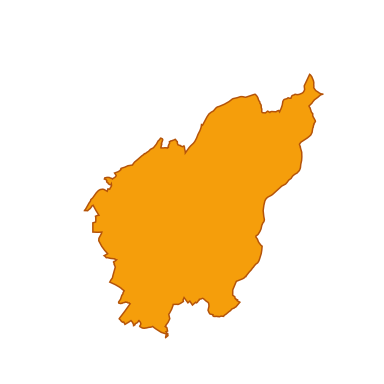 Raciu, Mures, Romania, rotated 107°
{"feature_id": "2599482B26505266969931", "entity_name": "Raciu", "entity_type": "district", "adm_level": 2, "iso_a3": "ROU", "parent_name": "Romania", "parent_adm1": "Mures", "projection": "robinson", "projection_center": [24.372, 46.712], "detail": "fine", "context": "isolated", "style": "filled", "palette": "amber", "viewbox_px": 384, "rotation_deg": 107, "n_neighbors": 0, "source": "geoboundaries", "source_scale": "gbopen_adm2", "svg_char_len": 6022}
<svg xmlns="http://www.w3.org/2000/svg" viewBox="0 0 384 384"><g transform="rotate(107 192 192)"><path d="M278.6,257.4L278.9,256.4L279.9,254.8L279.9,254.6L279.5,253.8L279.3,250.3L278.7,247.3L278.7,246.5L278.5,246.3L279.0,245.6L278.9,244.3L279.5,244.6L281.3,246.0L281.3,246.3L281.9,246.6L283.5,245.2L283.8,245.4L286.2,243.4L294.8,243.2L297.5,243.0L299.7,243.8L302.2,244.3L303.0,238.4L304.1,233.6L304.9,231.3L305.1,231.1L306.3,228.0L308.5,228.5L309.7,228.3L311.3,228.9L315.5,229.0L318.6,230.0L319.3,229.8L319.6,229.6L319.7,229.2L319.5,227.5L319.0,226.9L319.0,226.4L318.3,225.9L317.5,224.4L316.5,223.2L316.7,222.8L316.5,222.2L316.4,221.5L316.8,220.9L316.8,220.7L316.4,219.7L316.9,219.0L317.0,218.5L325.7,221.4L334.4,224.6L334.7,224.4L335.0,223.8L335.1,223.3L336.3,221.8L336.6,221.0L336.8,220.2L336.3,219.3L338.2,217.4L334.4,214.0L332.8,212.8L334.0,210.8L335.8,209.2L336.9,208.8L336.7,208.5L336.1,208.2L335.6,207.7L334.5,207.8L333.3,206.4L331.5,205.4L330.6,205.4L330.4,205.2L331.5,203.5L332.7,202.5L333.8,202.3L335.6,202.8L336.0,202.4L336.6,199.8L336.3,198.0L335.3,195.8L334.1,193.8L333.3,191.9L332.5,190.7L332.1,190.3L332.8,188.6L333.5,186.6L335.2,180.4L335.3,175.0L338.7,174.8L338.9,174.6L336.4,173.0L334.5,173.8L334.7,174.8L333.6,175.3L333.2,176.0L332.1,174.7L329.2,176.3L329.0,176.5L328.7,177.9L328.5,178.3L327.7,177.8L327.4,178.1L323.6,176.8L319.7,176.2L315.7,178.5L314.7,178.1L310.1,177.2L306.3,177.0L305.0,177.1L303.7,173.3L303.7,172.6L303.3,172.0L301.8,170.4L299.2,168.2L298.2,168.7L297.9,169.0L295.3,168.7L299.2,163.5L297.0,162.2L300.0,158.5L296.4,156.3L296.8,155.5L296.5,155.1L295.5,154.5L295.0,154.5L293.1,153.5L292.6,153.7L292.0,152.9L291.8,152.3L290.7,151.0L290.6,150.4L290.7,149.8L292.2,146.6L292.8,144.6L293.3,143.8L294.2,143.2L296.2,142.4L300.4,142.1L302.3,140.5L303.3,139.4L303.4,138.8L303.2,136.1L303.9,136.0L304.4,135.6L304.6,134.7L304.2,133.3L303.8,132.4L303.6,130.8L303.4,130.7L303.4,129.5L302.2,127.9L301.7,125.4L301.2,125.4L300.4,125.0L298.7,123.6L295.2,121.4L294.2,120.5L292.4,119.8L291.1,118.4L290.6,117.7L289.9,117.3L289.0,116.4L283.4,114.0L282.7,117.1L281.8,117.0L281.8,118.4L281.5,118.5L281.3,119.6L279.7,120.4L278.8,122.9L273.7,124.4L265.5,123.6L264.4,123.4L260.2,118.2L258.9,117.0L256.8,115.9L256.9,115.7L255.7,115.4L252.0,114.0L249.0,112.5L247.3,112.0L245.7,111.2L244.3,110.8L242.2,109.8L240.7,108.6L240.2,108.4L238.3,107.9L236.1,107.8L230.6,107.8L227.1,108.3L223.3,109.1L222.9,110.3L221.0,113.0L220.1,114.0L217.9,115.7L216.4,117.7L216.0,117.9L214.9,117.8L214.7,117.4L213.2,116.4L209.7,115.5L207.1,115.2L203.5,115.5L201.0,115.2L199.4,114.6L197.9,114.6L197.3,114.7L194.2,116.3L189.0,118.5L183.7,119.4L179.1,119.7L177.2,119.3L176.0,118.8L174.4,117.7L172.2,115.4L170.9,114.3L160.1,107.9L157.0,104.8L154.8,103.8L152.4,103.0L150.0,101.2L147.8,100.6L147.1,100.3L145.7,99.4L144.1,98.1L143.5,97.3L140.5,95.8L139.3,95.5L137.2,95.4L133.6,96.1L129.8,96.4L126.4,97.2L121.9,98.7L117.5,101.6L117.3,101.5L115.2,103.1L114.6,103.2L112.8,102.5L112.1,102.1L106.6,97.5L104.5,96.1L102.8,95.1L100.0,94.6L95.7,95.2L94.3,95.0L93.3,95.3L91.6,95.1L91.4,95.4L88.5,94.6L87.7,95.0L84.1,98.7L81.7,99.5L81.1,100.7L80.4,101.4L76.9,103.8L76.3,104.7L75.6,105.3L72.0,103.3L70.5,102.9L68.7,102.1L68.4,102.1L67.7,101.6L64.6,99.3L61.6,97.5L59.9,95.0L60.2,95.9L60.4,97.6L60.1,99.2L59.4,101.2L59.0,102.9L58.2,104.2L56.6,106.1L55.1,106.4L54.0,106.9L51.8,107.5L50.1,108.4L46.7,111.2L45.4,113.0L45.1,113.9L57.7,115.7L59.2,115.1L60.9,114.3L62.3,114.3L64.2,114.8L65.3,115.6L67.3,118.0L68.2,119.9L68.4,122.0L69.3,122.8L70.3,124.2L70.9,124.6L71.4,124.7L73.4,124.8L73.9,126.4L73.8,127.6L74.3,128.1L74.9,128.4L76.4,130.7L76.7,131.0L77.4,131.3L78.8,131.6L82.5,131.1L86.0,131.2L89.8,131.7L88.7,132.9L89.5,134.1L90.7,135.1L90.9,135.7L91.7,139.3L92.5,140.6L93.2,140.8L93.1,141.3L92.6,142.8L92.6,143.4L94.9,144.9L95.5,147.6L95.4,148.1L94.8,148.8L92.3,149.5L91.1,150.4L88.7,151.3L87.1,153.0L85.8,153.7L85.0,154.9L82.3,156.8L81.0,158.4L80.1,160.0L80.2,160.5L80.9,161.6L85.6,168.2L85.8,168.7L86.0,171.3L86.4,172.9L86.7,173.6L88.6,176.3L90.7,180.0L91.4,180.7L94.7,183.0L98.6,186.7L102.2,191.0L103.1,192.4L103.8,193.1L104.9,193.8L108.2,195.2L110.1,197.0L112.4,198.6L115.7,199.6L124.4,201.3L125.1,201.5L124.8,202.6L127.4,202.2L130.7,202.3L135.2,203.1L139.2,203.4L142.9,204.1L145.0,204.9L148.3,206.8L150.8,207.9L156.6,209.8L155.4,210.2L152.9,211.7L151.2,212.4L150.3,213.2L151.4,214.2L151.4,216.0L150.9,216.5L151.1,217.0L150.9,219.3L149.4,220.4L148.7,220.5L148.0,220.9L147.8,221.8L147.2,222.3L146.5,223.4L146.7,223.7L147.4,224.3L148.2,225.5L148.5,225.7L149.5,227.4L149.8,227.5L150.5,228.3L151.8,227.7L153.9,228.1L154.9,228.1L156.1,227.7L156.2,228.1L157.1,228.2L157.1,229.1L157.4,229.5L157.5,230.6L157.8,231.3L158.1,231.8L158.9,234.6L158.5,234.8L155.1,234.9L154.9,235.0L154.9,235.4L150.7,235.2L150.1,235.6L149.8,236.0L149.6,237.5L149.7,237.8L150.2,238.0L151.4,238.3L153.0,239.3L156.8,240.1L160.7,241.7L161.4,242.2L163.3,244.2L165.9,245.5L167.2,246.7L169.0,247.9L169.0,248.3L169.3,248.8L170.2,249.1L172.3,250.7L176.4,253.2L180.2,255.7L182.3,256.5L183.6,256.8L185.6,260.9L187.9,263.5L190.1,266.7L191.0,266.9L191.4,266.5L193.0,267.5L194.4,268.8L196.5,271.6L198.2,269.5L198.5,269.3L199.9,269.6L202.8,271.9L202.5,272.3L202.5,274.5L202.3,275.0L202.4,275.8L202.9,277.7L203.3,278.0L203.8,279.4L204.0,279.5L205.2,279.6L205.5,277.4L206.0,276.8L207.2,276.6L207.7,275.8L207.8,275.0L208.5,274.5L208.8,273.7L209.0,272.6L209.0,272.1L208.7,271.7L207.8,271.5L209.5,270.8L210.4,270.9L212.1,271.4L213.2,271.5L213.4,271.6L213.6,273.3L216.1,273.3L215.3,276.9L215.4,278.2L216.5,280.5L218.0,281.9L220.5,283.2L226.8,285.3L228.8,286.5L230.6,286.5L232.5,287.2L238.5,288.5L240.5,289.0L240.8,289.4L241.2,289.4L240.4,286.3L239.5,285.9L237.7,284.6L235.3,283.7L234.9,283.8L233.6,282.7L237.7,278.5L241.3,274.4L241.5,274.2L241.9,275.3L243.4,277.2L243.7,277.1L244.4,276.6L247.6,275.6L248.9,275.4L250.5,277.8L259.3,275.1L258.1,270.4L256.7,266.5L258.5,266.5L263.5,267.5L265.9,266.9L270.3,262.5L273.3,258.5L275.7,254.6L278.6,257.4Z" fill="#f59e0b" stroke="#b45309" stroke-width="1.5"/></g></svg>